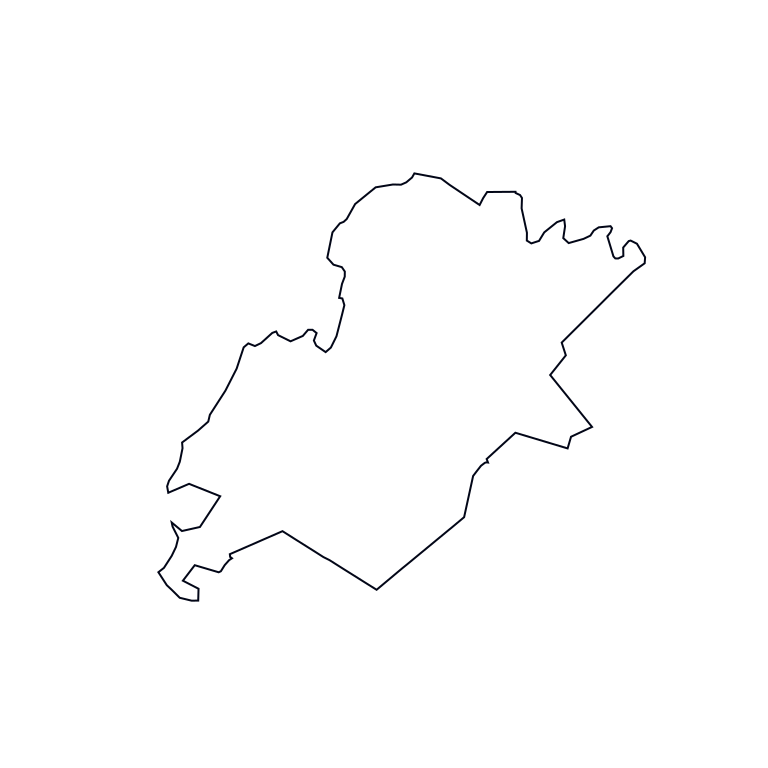 the district of Plymouth, Massachusetts, United States of America, rotated 240°
{"feature_id": "52423323B91573323978432", "entity_name": "Plymouth", "entity_type": "district", "adm_level": 2, "iso_a3": "USA", "parent_name": "United States of America", "parent_adm1": "Massachusetts", "projection": "albers", "projection_center": [-70.786, 41.967], "detail": "fine", "context": "isolated", "style": "outline", "palette": "ink", "viewbox_px": 768, "rotation_deg": 240, "n_neighbors": 0, "source": "geoboundaries", "source_scale": "gbopen_adm2", "svg_char_len": 2023}
<svg xmlns="http://www.w3.org/2000/svg" viewBox="0 0 768 768"><g transform="rotate(240 384 384)"><path d="M209.5,274.7L215.3,307.8L216.2,313.5L225.4,368.2L225.7,370.2L228.6,386.8L259.8,415.2L261.9,420.2L264.7,427.1L265.3,431.8L265.2,432.6L264.7,433.9L264.0,434.8L267.7,435.4L276.1,473.4L236.4,510.8L244.8,519.6L242.8,542.7L308.7,532.4L317.9,555.8L331.0,558.6L344.5,609.5L348.8,625.5L356.9,656.4L358.2,670.1L363.2,673.5L379.0,673.2L384.9,669.3L385.4,667.4L382.6,659.4L375.2,655.3L375.6,649.6L377.1,647.1L379.8,646.5L400.3,651.3L400.8,652.7L402.2,656.1L404.9,659.4L407.4,659.1L412.3,648.3L412.0,642.4L409.3,636.9L409.9,629.4L413.7,614.4L420.7,612.2L430.1,619.7L436.3,622.3L437.7,614.7L435.2,598.6L430.4,589.8L430.9,587.6L432.1,581.9L436.8,579.4L443.5,583.4L467.3,591.0L476.1,596.5L479.6,596.3L483.6,593.5L484.7,594.0L498.7,569.3L495.4,562.8L491.2,556.3L523.6,540.4L533.6,536.1L551.2,515.6L548.8,511.5L547.5,504.1L548.1,498.4L552.3,491.5L558.5,475.1L554.3,449.0L545.5,434.2L544.6,430.1L545.2,426.1L541.1,415.2L521.7,398.0L512.6,399.9L506.3,405.9L501.0,406.3L496.6,403.7L491.7,397.7L481.0,388.2L478.9,390.7L472.1,389.1L465.0,382.3L449.1,366.7L442.1,356.2L441.5,353.1L440.8,349.4L451.1,344.5L456.7,345.0L461.8,351.1L466.7,349.2L468.9,345.4L466.2,337.7L466.5,335.3L467.7,324.4L479.3,316.7L483.4,316.9L484.1,312.8L480.9,297.9L481.2,294.0L481.4,291.2L487.0,286.8L485.9,280.8L471.0,264.1L461.2,249.0L457.5,243.3L444.4,217.8L439.3,213.0L436.6,199.5L434.3,179.9L429.1,177.4L419.9,169.3L418.7,168.2L414.1,162.4L407.7,149.4L403.8,145.0L397.7,142.8L395.0,165.3L392.4,167.3L368.7,186.0L352.2,153.1L357.7,135.5L370.2,130.9L366.2,129.6L353.6,128.9L346.9,122.4L341.3,114.2L334.8,101.5L333.8,94.5L318.3,95.3L312.1,97.2L301.0,100.2L292.6,109.0L289.3,114.8L299.4,121.0L314.2,111.5L321.7,129.5L303.6,146.7L303.4,149.1L306.8,155.5L308.9,161.8L309.1,165.2L311.2,164.3L313.7,165.4L307.3,222.5L292.2,230.4L271.9,241.1L264.4,245.0L258.8,248.7L246.4,255.2L244.1,256.4L221.6,268.3L209.5,274.7Z" fill="none" stroke="#020617" stroke-width="2"/></g></svg>